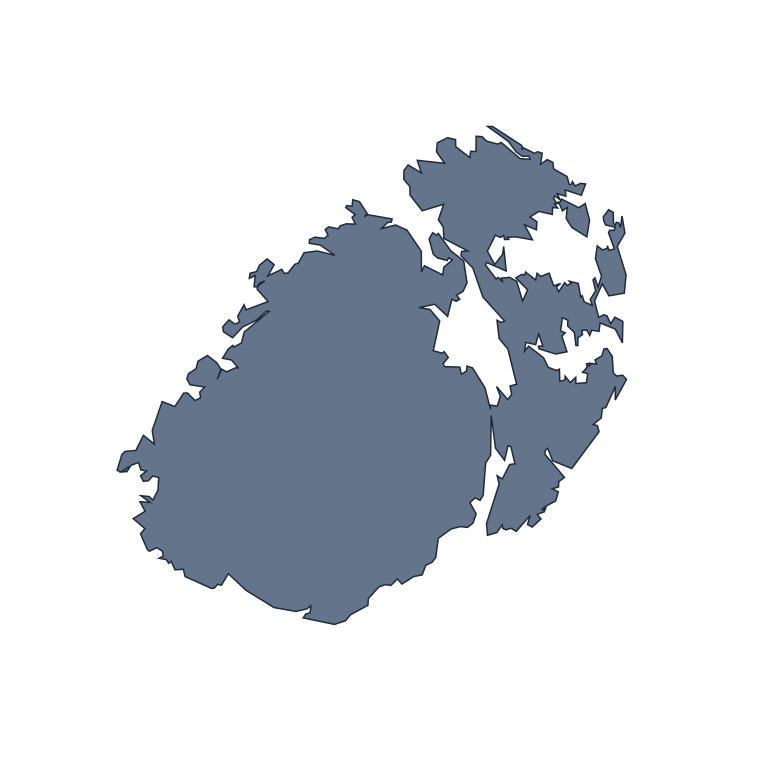 Fedje nor, Norway (orthographic projection), rotated 69°
{"feature_id": "86288312B30337724533689", "entity_name": "Fedje nor", "entity_type": "district", "adm_level": 2, "iso_a3": "NOR", "parent_name": "Norway", "parent_adm1": "", "projection": "orthographic", "projection_center": [4.716, 60.769], "detail": "fine", "context": "isolated", "style": "filled", "palette": "slate", "viewbox_px": 768, "rotation_deg": 69, "n_neighbors": 0, "source": "geoboundaries", "source_scale": "gbopen_adm2", "svg_char_len": 6170}
<svg xmlns="http://www.w3.org/2000/svg" viewBox="0 0 768 768"><g transform="rotate(69 384 384)"><path d="M329.4,105.0L312.5,101.6L322.8,107.1L317.8,107.0L316.3,109.2L318.7,111.3L316.4,112.2L305.9,108.5L301.8,111.8L306.5,119.4L310.6,120.4L314.9,120.1L320.5,112.0L323.0,114.0L321.3,118.3L323.3,120.2L340.5,120.5L339.9,126.0L334.9,125.9L337.4,127.0L337.1,132.0L331.5,135.4L342.7,141.7L361.4,142.3L370.1,149.4L360.5,149.1L361.8,151.6L373.0,153.0L378.8,161.1L385.2,161.4L379.1,167.7L372.6,167.3L373.5,169.3L359.7,166.6L354.4,174.2L357.1,173.3L357.6,177.7L354.1,179.0L360.5,188.0L355.1,188.2L353.5,183.0L353.1,190.4L339.7,190.1L339.8,199.1L335.5,201.4L341.2,205.2L330.2,211.7L332.8,213.6L331.0,216.2L332.2,222.9L347.6,216.2L356.2,224.9L335.7,223.3L329.4,228.7L327.1,236.8L331.5,236.5L325.3,239.5L326.2,241.7L309.3,246.6L307.2,244.8L322.3,229.4L298.5,223.0L305.4,226.7L312.1,237.8L297.1,239.9L285.0,226.8L288.9,222.8L288.3,219.0L292.3,219.7L293.7,215.7L291.1,216.6L293.9,208.2L302.6,193.7L285.7,195.7L294.7,186.5L287.3,183.1L280.4,187.8L278.3,177.6L286.0,166.1L279.7,163.4L281.9,158.8L276.9,160.3L278.1,155.7L286.3,155.3L284.8,149.6L294.7,154.6L305.2,152.5L319.3,141.9L304.8,133.4L287.6,131.5L289.2,139.0L275.0,152.0L277.2,154.2L276.4,158.2L271.2,159.2L269.8,157.1L275.0,153.6L268.5,154.1L273.8,146.9L267.9,145.2L278.5,132.1L269.5,124.1L267.1,128.6L267.7,134.5L262.5,135.6L264.9,137.5L263.9,139.6L256.0,138.7L243.9,148.6L237.6,146.9L233.0,151.2L235.0,159.1L225.3,153.6L222.2,157.4L222.6,160.9L213.1,169.5L215.3,171.1L210.7,169.9L182.5,190.4L180.7,195.0L201.9,181.0L214.8,177.4L221.0,173.3L223.2,167.1L226.5,167.0L222.4,176.1L200.5,188.0L200.7,192.0L194.0,201.2L188.3,203.7L185.7,209.2L199.9,214.8L197.8,219.8L203.4,222.7L188.1,232.0L181.5,229.6L176.8,236.4L177.9,247.8L186.0,251.8L199.7,248.3L187.1,272.8L200.3,273.4L188.2,283.0L191.8,288.8L200.0,292.2L208.9,289.1L217.0,292.0L236.0,286.2L237.6,263.8L250.2,274.4L258.7,272.4L269.5,276.0L289.7,258.2L288.0,264.1L291.9,266.1L307.5,259.5L338.4,260.5L368.3,248.9L368.6,252.3L365.0,255.7L383.0,260.2L395.8,255.8L431.8,260.3L431.0,267.0L439.4,268.5L442.9,274.1L426.7,279.8L437.1,279.8L445.2,286.1L441.8,292.3L445.8,293.7L423.7,291.1L400.7,295.6L397.0,300.1L401.5,302.3L402.6,308.3L395.4,307.2L389.4,321.4L386.2,321.4L382.2,314.5L375.3,316.3L376.1,318.5L370.6,326.1L345.1,309.4L330.8,314.4L325.3,323.8L327.7,308.1L343.7,300.4L329.2,290.2L332.7,287.0L332.0,282.9L327.2,284.4L325.9,277.1L319.4,270.3L297.8,265.5L283.4,274.0L262.9,279.3L264.0,281.4L260.2,284.4L264.8,289.9L280.4,291.5L285.7,288.7L291.4,280.6L289.3,278.5L292.8,275.8L296.4,286.3L303.2,290.1L288.1,303.9L292.8,308.9L273.5,301.6L248.5,307.4L239.7,316.2L238.0,330.6L234.5,322.7L235.5,319.2L232.8,317.3L220.1,338.5L220.7,342.3L218.9,338.6L204.9,341.6L200.8,347.1L206.6,350.1L204.1,354.7L205.5,356.5L215.6,350.2L216.9,354.1L224.5,353.4L220.9,361.9L220.7,368.3L222.7,371.1L217.5,379.3L218.6,383.5L225.1,383.0L226.7,387.3L222.3,395.6L222.5,401.8L225.8,403.4L231.5,393.7L246.2,383.8L235.9,398.7L232.8,411.6L240.4,420.7L240.3,424.5L245.9,433.8L245.0,437.5L240.3,438.3L241.5,453.6L233.2,443.8L225.3,448.3L228.5,457.8L233.4,462.6L232.6,469.4L237.1,471.9L236.7,465.4L246.7,470.5L247.9,467.8L245.2,464.1L245.0,458.4L247.3,466.6L250.2,468.5L265.5,462.6L265.3,486.3L259.9,486.3L268.3,496.3L274.4,496.6L274.7,501.7L268.5,505.7L273.0,514.3L277.9,515.1L286.5,508.8L280.1,495.3L278.7,480.0L273.8,467.7L275.0,465.2L285.4,495.8L294.6,502.4L295.7,511.0L293.8,511.3L295.5,516.8L302.1,525.5L306.9,517.8L317.4,514.1L315.7,515.8L316.2,526.6L312.0,530.2L319.8,538.0L311.6,530.9L304.0,532.6L294.1,538.6L296.1,549.6L302.3,553.8L304.3,562.8L308.5,566.2L315.2,565.4L322.6,552.4L325.6,559.0L331.1,560.1L331.7,566.4L322.0,570.6L320.7,574.3L330.1,587.4L320.9,597.4L344.3,617.0L357.9,619.9L345.7,627.0L357.1,639.5L354.1,650.0L356.0,654.1L369.0,664.1L371.9,660.9L369.7,651.5L372.0,660.8L373.7,655.4L369.3,649.4L369.3,641.3L377.1,641.8L380.2,636.9L382.4,644.2L388.6,643.5L389.9,638.6L387.1,633.0L390.5,627.8L402.0,633.0L409.5,641.3L404.9,643.6L401.2,651.0L410.7,644.9L406.4,654.1L417.2,652.6L419.8,666.4L433.3,659.0L436.6,665.0L453.3,664.3L456.1,663.0L455.4,654.7L460.6,650.9L465.5,651.6L466.1,656.4L469.8,650.3L474.3,649.2L473.3,646.2L482.6,645.7L485.1,637.7L492.5,638.7L512.9,618.4L513.8,615.9L511.4,611.1L513.5,607.8L505.3,597.3L527.1,586.8L553.3,566.8L564.8,547.6L566.3,536.6L564.9,531.8L571.2,535.1L570.6,539.3L573.4,543.3L590.7,516.4L591.2,504.7L587.4,497.9L584.8,478.3L578.8,475.6L571.6,461.6L571.7,455.0L574.5,449.8L570.8,441.3L577.2,439.0L574.4,425.4L575.9,416.8L568.2,409.9L567.7,403.0L564.5,397.9L547.5,388.6L543.4,373.4L544.5,363.8L547.8,357.4L545.8,350.8L538.2,344.5L525.6,346.3L522.9,339.7L527.1,336.1L523.6,331.4L494.2,317.4L488.7,310.0L451.8,295.2L483.9,302.9L498.5,298.8L486.2,290.5L487.9,288.0L505.4,290.3L504.2,295.6L515.1,307.6L510.2,311.2L518.7,312.4L551.0,338.3L562.3,341.6L563.2,332.0L558.0,324.2L561.5,324.8L563.9,322.3L564.1,317.2L569.0,313.4L559.0,294.6L566.6,300.4L570.7,296.9L566.2,285.8L560.5,287.7L560.8,280.3L557.9,277.5L558.3,282.0L556.3,278.3L554.7,265.6L547.1,259.9L542.1,264.4L542.7,258.0L537.8,255.8L535.9,249.0L507.0,259.0L503.7,257.1L502.7,254.2L516.1,254.1L530.2,239.0L505.6,200.3L499.3,199.7L496.8,203.2L493.5,193.3L485.1,189.0L485.5,185.3L469.1,168.8L481.8,173.9L466.7,156.0L461.3,158.0L460.0,163.9L455.9,166.0L440.0,161.0L430.8,163.1L430.1,166.1L435.8,170.6L437.1,178.3L441.5,178.5L439.2,182.9L441.0,186.8L438.3,184.5L437.7,187.7L441.1,188.3L444.3,194.5L447.2,190.1L455.3,194.6L452.3,204.7L446.5,202.6L449.3,209.7L441.6,212.1L445.0,213.6L444.5,218.9L433.0,214.9L433.1,218.2L427.3,224.7L416.8,225.6L400.5,235.4L403.7,241.0L396.0,236.7L401.6,228.3L392.7,221.7L405.2,222.0L404.1,226.5L406.8,226.6L417.6,212.8L419.5,201.6L403.1,200.9L401.1,196.5L397.7,200.1L386.0,193.7L390.4,189.5L395.7,191.7L404.2,187.8L416.6,191.0L417.7,189.3L410.2,186.3L409.0,180.9L404.9,180.2L406.3,175.4L412.4,174.5L408.2,170.9L411.9,164.4L404.4,160.4L415.6,148.4L431.1,146.7L411.2,138.6L404.4,144.5L408.9,150.8L400.2,151.4L398.1,154.0L398.8,159.7L382.0,157.7L368.7,144.3L382.3,142.4L385.3,127.1L368.9,118.9L339.2,116.9L329.4,105.0Z" fill="#64748b" stroke="#1e293b" stroke-width="1.5"/></g></svg>